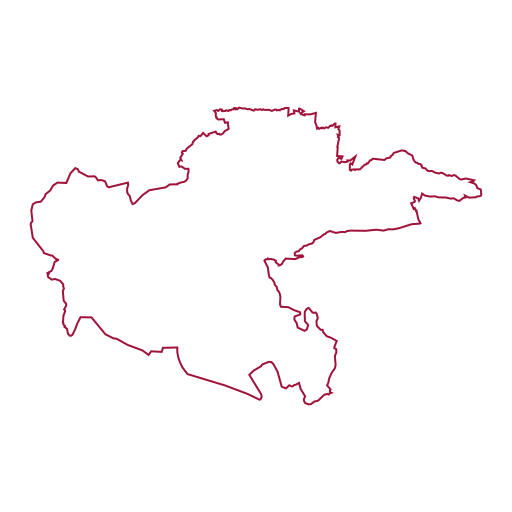 Tolimán, Jalisco, Mexico (Natural Earth projection)
{"feature_id": "50627088B84573477365023", "entity_name": "Tolimán", "entity_type": "district", "adm_level": 2, "iso_a3": "MEX", "parent_name": "Mexico", "parent_adm1": "Jalisco", "projection": "natural_earth1", "projection_center": [-103.885, 19.545], "detail": "fine", "context": "isolated", "style": "outline", "palette": "rose", "viewbox_px": 512, "rotation_deg": 0, "n_neighbors": 0, "source": "geoboundaries", "source_scale": "gbopen_adm2", "svg_char_len": 6050}
<svg xmlns="http://www.w3.org/2000/svg" viewBox="0 0 512 512"><path d="M331.3,392.8L330.4,392.4L329.8,390.8L330.6,389.4L327.1,385.5L328.4,382.6L329.0,378.8L331.7,372.8L334.9,368.2L335.6,365.1L334.9,355.9L336.3,352.6L336.3,350.0L336.2,349.1L334.3,348.2L334.4,347.1L336.7,340.9L330.9,337.7L326.7,336.2L323.0,331.9L322.6,329.8L320.7,329.8L316.9,326.0L316.4,321.1L317.8,318.2L316.7,313.7L315.6,312.5L313.8,312.9L312.4,312.4L308.9,308.1L308.2,308.0L306.5,309.1L305.0,311.5L304.7,313.1L304.9,321.2L307.8,324.5L308.1,325.5L306.7,329.6L304.5,330.8L297.7,327.6L296.7,323.2L294.4,319.6L294.5,317.3L294.8,316.4L299.8,314.7L300.4,314.0L300.0,312.2L293.9,310.1L288.3,307.2L281.0,306.8L280.0,304.5L280.4,296.9L279.7,293.6L278.5,291.1L277.4,290.2L276.8,287.1L274.7,284.6L274.4,282.7L273.0,280.3L271.2,278.2L269.6,277.7L268.9,275.3L267.8,267.2L264.4,260.7L264.6,260.2L265.8,259.4L267.2,259.4L267.8,258.5L268.9,259.2L270.3,258.9L273.8,259.6L275.9,260.7L275.6,262.2L278.7,264.7L278.7,265.5L279.9,265.3L282.0,263.9L283.0,261.8L285.7,258.6L295.5,259.1L299.2,257.2L302.4,257.1L303.1,256.4L302.4,255.3L296.5,255.7L294.9,255.3L294.6,253.2L296.4,251.6L298.8,251.2L300.1,249.4L302.2,248.2L304.1,245.8L306.8,245.6L308.6,244.4L312.0,243.5L313.4,242.4L314.3,239.9L320.1,237.4L323.7,234.5L325.4,233.9L326.1,232.8L329.8,231.0L335.8,232.9L341.6,231.9L345.1,232.1L347.0,231.1L350.5,230.6L365.6,230.8L376.4,229.7L383.5,230.6L388.6,229.2L392.9,229.4L398.3,228.4L411.7,224.2L419.9,223.6L420.5,223.2L418.3,219.2L416.5,210.7L416.0,211.0L414.8,208.1L413.7,208.9L411.1,203.2L414.4,202.1L415.0,201.2L413.7,198.3L414.2,196.9L418.2,198.4L419.0,200.8L420.9,197.8L422.1,193.6L425.0,195.6L430.2,196.6L434.7,196.3L438.7,197.4L445.8,197.5L450.4,198.6L453.7,198.3L457.4,200.5L459.3,200.9L463.6,197.7L465.5,197.5L464.9,195.5L468.9,197.6L475.8,197.3L476.7,196.6L480.1,196.1L481.0,195.5L481.3,194.5L480.8,189.5L477.3,188.1L476.2,185.1L474.4,183.5L470.4,182.2L472.9,181.4L474.1,180.3L465.9,178.5L461.3,179.5L459.8,179.1L455.5,175.6L454.1,175.1L451.5,176.0L448.8,175.1L448.4,175.7L447.0,175.7L442.3,172.9L440.9,172.7L439.2,173.5L435.0,172.6L431.9,170.9L429.1,171.1L427.4,170.6L425.4,168.4L422.3,167.7L421.6,166.2L421.8,165.6L420.5,164.1L418.3,163.9L417.3,162.7L416.0,162.7L414.7,161.6L413.2,158.9L412.5,155.9L411.6,155.1L408.3,153.6L405.4,151.1L401.8,150.4L393.8,152.9L392.5,154.9L390.7,156.2L390.3,157.5L386.3,158.4L384.4,160.0L372.8,158.7L371.3,160.1L370.0,160.4L368.0,163.3L366.7,163.4L366.5,164.3L364.7,164.7L359.8,169.4L355.6,169.4L354.9,170.0L354.2,169.4L351.8,169.6L351.0,170.6L349.8,169.8L349.8,164.6L350.6,163.3L352.3,164.5L355.3,156.5L350.3,160.5L347.4,160.4L347.7,161.5L346.8,161.8L344.9,162.2L341.3,161.5L340.4,162.8L339.1,163.3L337.4,161.5L337.2,159.9L338.7,157.7L341.4,158.9L342.5,156.4L337.1,156.0L337.7,147.4L337.3,147.1L339.0,138.6L338.9,137.4L338.0,137.1L338.3,136.1L337.7,134.7L339.6,135.1L339.6,130.6L338.4,128.9L339.3,126.4L335.4,127.3L335.5,123.5L334.7,123.6L332.4,125.8L331.8,125.4L331.0,126.0L330.3,125.7L328.2,127.8L326.3,127.3L324.0,128.4L323.0,127.6L321.9,128.3L321.3,127.7L319.1,128.9L318.2,127.8L317.0,128.5L316.5,125.6L315.1,122.0L315.9,112.9L310.7,114.3L304.9,114.3L304.7,115.3L301.0,114.1L300.4,113.4L303.9,111.2L299.5,108.5L299.0,108.7L299.0,111.6L293.9,110.4L294.4,113.4L291.5,113.9L288.2,115.6L288.6,108.1L287.9,107.9L284.8,108.0L283.6,109.1L281.6,109.0L279.8,110.4L278.9,109.9L276.9,110.4L276.5,109.7L275.2,109.5L271.8,110.9L269.2,109.9L264.2,109.9L263.3,109.3L261.9,110.0L260.3,109.2L257.7,109.8L255.0,109.3L254.4,110.3L253.3,110.6L249.6,109.0L247.4,109.3L244.9,108.3L242.9,108.6L239.2,107.6L237.4,109.1L236.8,108.5L236.0,109.2L235.6,108.4L234.7,108.9L234.7,108.1L234.2,108.0L233.9,109.0L231.5,109.6L230.8,110.3L229.1,110.1L228.5,111.0L226.1,110.3L225.2,111.0L222.4,111.2L221.9,111.0L221.9,109.6L219.8,109.4L218.3,111.0L216.9,110.1L214.1,110.8L216.3,113.7L215.9,113.5L215.7,115.4L216.2,117.3L216.7,117.4L216.6,118.3L218.3,119.5L223.8,119.2L225.0,122.8L227.8,122.3L228.6,128.9L224.8,131.1L222.8,133.6L221.0,134.6L219.8,134.5L219.2,133.8L217.6,134.1L216.7,133.5L215.7,131.6L208.5,134.0L208.6,135.3L206.6,136.3L203.2,132.9L200.4,136.2L198.7,135.8L198.0,137.2L194.2,140.4L193.8,141.4L193.0,141.7L192.4,144.1L186.8,148.6L185.7,150.8L182.4,151.2L181.8,152.8L182.8,153.7L180.3,157.9L181.5,160.3L180.2,159.9L177.8,163.0L179.3,166.8L181.7,166.5L184.9,168.8L188.4,168.8L188.6,171.5L187.7,174.4L187.6,178.5L185.7,181.0L184.1,181.8L180.2,182.7L177.3,183.8L177.3,184.3L169.9,184.4L165.5,187.4L149.4,190.2L142.8,194.9L134.8,203.2L132.6,204.1L131.0,200.9L129.6,195.7L127.9,194.0L127.2,192.1L127.1,188.8L128.2,185.0L127.9,182.6L108.7,187.3L107.1,186.2L105.1,181.4L101.7,180.1L97.8,180.3L96.3,177.8L94.5,176.3L88.1,176.5L78.8,171.6L77.9,169.3L75.3,168.1L70.4,173.3L66.3,183.0L57.5,182.6L53.1,185.5L50.2,190.5L45.5,194.2L44.8,196.8L40.8,201.7L35.8,202.4L32.8,204.3L31.3,210.4L32.5,221.3L30.8,223.1L30.7,224.3L32.8,237.8L43.3,251.2L43.8,253.0L50.9,255.5L52.2,255.5L55.9,259.0L58.1,259.7L57.9,260.3L54.7,261.8L52.7,268.6L51.5,270.9L47.5,273.0L48.7,273.8L47.7,274.9L47.9,276.1L48.2,277.1L51.8,279.6L55.1,279.0L60.2,280.8L63.3,284.4L63.1,285.9L63.9,288.6L62.8,291.0L63.7,300.8L66.2,303.9L66.3,305.4L64.1,309.4L65.1,310.6L65.1,311.4L63.5,315.5L62.9,322.7L63.4,323.2L63.4,324.5L65.0,326.1L64.5,326.9L67.0,328.8L68.0,333.8L69.7,335.7L71.3,335.6L72.5,334.7L75.1,329.4L77.3,323.5L80.5,317.2L91.5,317.4L105.4,334.3L113.8,338.5L116.0,338.6L117.8,339.4L127.6,344.9L142.4,350.4L148.6,354.9L151.2,351.3L161.7,351.9L162.9,347.8L177.3,347.5L177.3,352.2L178.5,358.3L180.3,363.0L182.5,367.5L187.5,374.1L224.9,385.4L247.5,393.9L259.5,399.7L260.6,399.2L261.6,397.4L261.3,394.4L249.3,374.8L253.9,370.5L261.1,366.2L262.0,364.6L268.9,361.8L271.5,362.1L273.5,364.3L277.5,371.6L281.7,386.7L286.0,388.4L289.2,385.3L291.7,386.4L292.9,386.2L294.2,385.0L295.9,384.7L299.0,382.9L300.6,388.9L305.1,396.3L303.9,399.2L304.1,401.2L305.1,402.9L307.1,403.9L308.9,404.4L311.2,404.0L314.4,401.5L317.9,400.8L324.1,394.9L327.1,393.9L328.8,394.5L329.4,393.4L331.3,392.8Z" fill="none" stroke="#9f1239" stroke-width="2"/></svg>